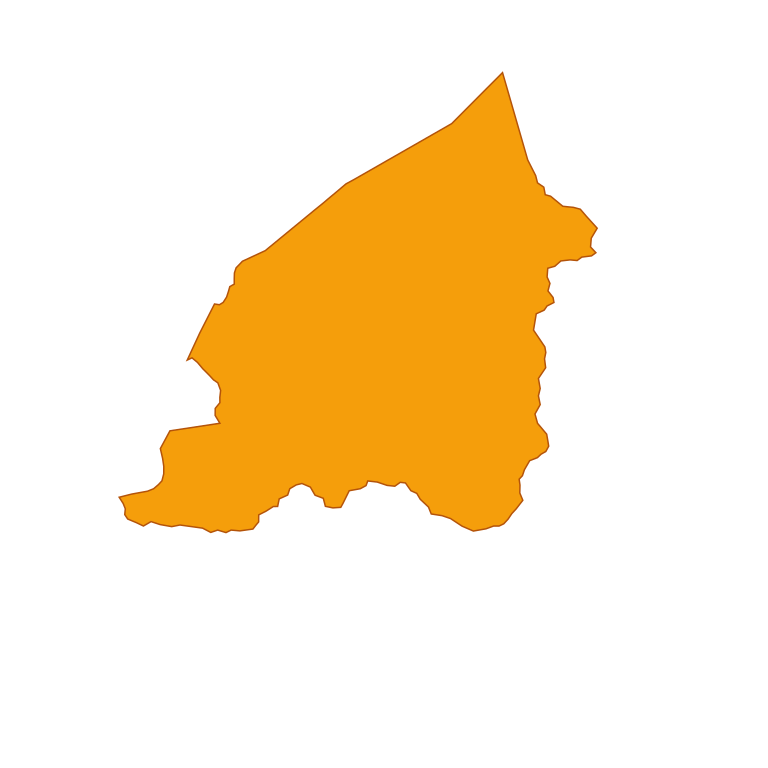 Betânia do Piauí, Piauí, Brazil (Robinson projection), rotated 322°
{"feature_id": "56859067B13783160921542", "entity_name": "Betânia do Piauí", "entity_type": "district", "adm_level": 2, "iso_a3": "BRA", "parent_name": "Brazil", "parent_adm1": "Piauí", "projection": "robinson", "projection_center": [-40.777, -8.134], "detail": "fine", "context": "isolated", "style": "filled", "palette": "amber", "viewbox_px": 768, "rotation_deg": 322, "n_neighbors": 0, "source": "geoboundaries", "source_scale": "gbopen_adm2", "svg_char_len": 2149}
<svg xmlns="http://www.w3.org/2000/svg" viewBox="0 0 768 768"><g transform="rotate(322 384 384)"><path d="M392.3,567.9L398.5,566.9L405.0,564.8L411.2,563.8L421.8,561.1L423.9,553.5L428.9,547.4L431.9,542.2L436.6,541.5L441.9,538.0L451.6,534.1L459.6,536.5L464.5,536.0L470.0,536.8L475.5,534.4L478.2,529.5L481.3,523.7L480.8,509.5L484.5,500.6L494.4,496.4L498.4,488.4L504.3,483.7L509.1,474.7L521.4,470.7L526.0,463.0L530.9,458.8L533.6,453.8L535.0,433.6L547.2,422.4L555.8,424.4L560.5,422.9L568.1,424.4L570.5,419.9L570.5,411.6L576.7,406.9L578.4,400.1L584.3,393.6L591.1,396.4L599.1,395.9L607.1,400.8L612.2,405.6L618.0,405.8L626.4,410.8L631.8,411.0L631.1,403.2L637.1,396.7L647.9,392.5L646.7,376.0L646.3,367.1L642.0,361.4L638.3,357.9L634.3,354.0L630.9,338.6L627.6,334.1L631.1,327.3L628.8,320.0L631.8,313.2L635.2,295.9L645.1,271.3L659.5,235.5L662.2,228.8L669.1,211.6L647.9,214.2L597.7,220.5L486.2,204.4L477.2,202.9L464.4,203.4L454.4,203.7L447.4,204.0L436.1,204.2L372.5,205.8L348.0,200.1L343.4,200.8L339.0,201.4L334.5,204.4L331.0,208.6L327.5,213.1L322.5,212.3L318.1,215.5L313.5,218.6L307.5,220.7L303.1,220.2L299.7,216.6L270.0,230.5L243.7,244.0L248.8,245.2L250.3,252.1L250.6,260.6L251.7,269.6L252.2,275.8L253.8,280.8L251.3,288.5L246.4,293.5L243.2,297.7L236.0,299.3L231.6,304.8L230.5,313.9L186.5,289.1L168.0,297.2L163.7,306.4L159.7,313.4L155.1,319.2L149.4,323.6L144.3,324.4L138.0,324.7L131.7,322.9L117.4,315.4L105.6,310.2L104.9,317.6L103.3,323.1L99.3,327.3L98.9,332.6L103.5,340.8L107.0,347.8L115.7,349.0L121.0,356.9L128.9,365.7L136.4,369.5L152.3,385.9L156.1,394.3L163.0,396.7L168.0,403.8L173.6,405.0L180.0,411.0L191.4,417.6L195.7,416.5L200.3,415.5L204.7,410.0L212.9,411.6L221.3,412.4L224.8,415.0L230.7,410.0L239.7,412.2L245.3,408.5L252.8,409.5L258.1,411.9L262.5,419.9L261.2,429.2L265.8,436.7L262.5,444.3L267.4,450.1L274.0,454.6L278.2,452.8L290.9,446.7L300.8,451.9L307.3,453.0L311.5,450.4L318.3,457.1L324.0,465.8L329.6,471.2L336.3,471.5L340.0,475.2L339.5,484.6L342.5,490.4L341.6,497.2L343.3,508.3L341.2,515.5L348.7,523.5L353.6,531.0L358.0,544.1L363.9,554.9L375.2,560.9L382.9,563.4L387.3,566.8L392.3,567.9Z" fill="#f59e0b" stroke="#b45309" stroke-width="1.5"/></g></svg>